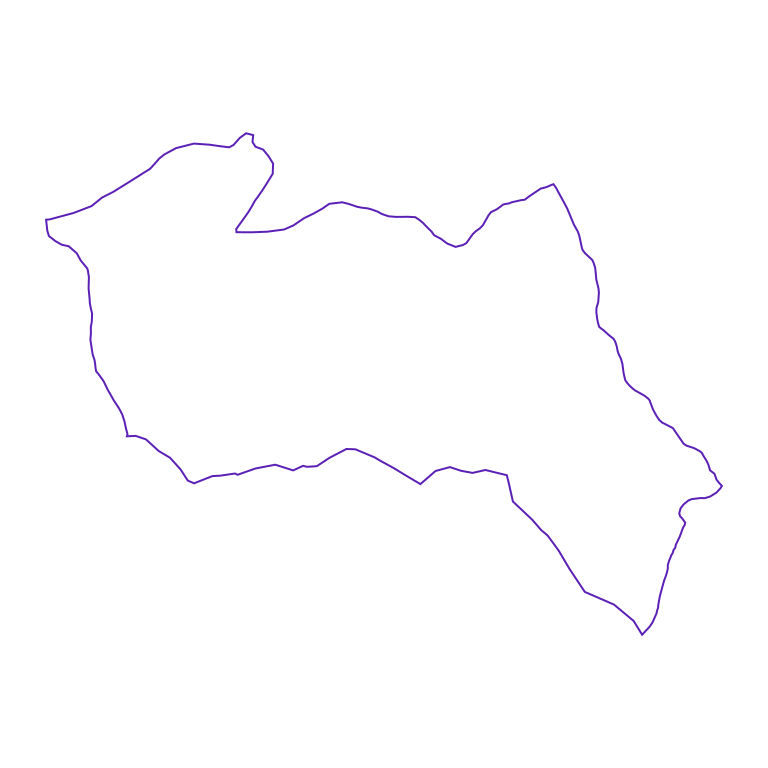 Tomzhangtshen, Tashi Yangtse, Bhutan
{"feature_id": "84629894B58901780687554", "entity_name": "Tomzhangtshen", "entity_type": "district", "adm_level": 2, "iso_a3": "BTN", "parent_name": "Bhutan", "parent_adm1": "Tashi Yangtse", "projection": "natural_earth1", "projection_center": [91.515, 27.451], "detail": "fine", "context": "isolated", "style": "outline", "palette": "violet", "viewbox_px": 768, "rotation_deg": 0, "n_neighbors": 0, "source": "geoboundaries", "source_scale": "gbopen_adm2", "svg_char_len": 3517}
<svg xmlns="http://www.w3.org/2000/svg" viewBox="0 0 768 768"><path d="M642.1,634.7L649.9,626.4L652.6,622.2L656.5,613.5L657.0,610.8L657.7,608.9L658.2,607.2L658.2,605.3L659.6,597.5L660.0,595.7L660.6,593.3L664.1,580.6L665.8,576.1L666.9,572.6L667.4,570.4L667.8,568.5L667.8,565.1L669.0,561.0L670.3,557.9L671.3,555.2L672.5,553.4L673.7,549.7L675.3,547.6L675.8,544.8L679.9,536.3L680.5,534.6L683.2,527.3L684.6,525.2L685.2,522.6L683.4,520.1L682.0,518.2L680.2,516.4L679.2,513.4L680.6,508.3L683.7,504.3L688.4,500.5L691.7,499.1L701.0,498.0L704.5,498.2L707.3,497.4L710.2,496.5L716.6,492.5L720.4,488.3L721.9,485.9L720.7,484.6L718.6,482.3L716.5,479.6L715.5,476.7L714.4,473.7L710.0,470.3L709.4,468.0L708.4,464.8L706.9,461.4L705.4,458.9L703.6,456.1L701.8,452.8L699.8,451.2L694.3,448.2L686.4,445.6L683.5,443.6L672.9,428.1L663.8,423.4L662.2,422.6L659.2,419.9L656.5,415.9L653.0,409.5L650.7,403.4L649.8,400.7L648.6,399.0L647.3,397.9L644.5,395.7L635.2,390.5L633.2,389.0L629.8,385.9L627.3,383.1L625.2,380.0L623.6,373.1L622.4,363.9L621.8,361.7L620.9,358.7L618.8,354.3L617.6,351.0L616.7,346.2L615.1,341.4L613.5,338.8L609.0,335.2L606.1,332.6L603.5,330.2L601.0,328.4L599.2,326.9L598.1,323.3L597.2,319.1L596.4,312.6L596.4,308.7L596.9,306.5L598.2,302.3L598.9,293.0L598.5,288.4L596.3,279.5L595.6,271.8L595.1,267.4L593.5,262.6L592.2,259.9L585.2,253.4L582.6,250.0L581.9,247.9L579.7,237.6L579.2,235.5L577.8,231.5L573.8,224.4L568.0,210.4L567.3,208.7L564.5,203.4L559.2,193.7L556.1,187.9L553.5,184.2L551.7,184.8L547.9,186.5L546.1,187.2L540.7,188.6L535.5,192.1L529.1,196.4L524.8,199.7L520.8,200.2L517.0,201.1L511.9,202.2L509.1,203.4L505.3,204.0L503.2,204.5L500.4,206.7L496.6,209.4L491.0,212.1L488.6,215.2L482.9,225.2L480.0,228.2L475.6,231.4L472.6,234.3L466.4,243.1L463.0,245.0L455.6,246.9L449.4,244.4L447.3,243.6L444.1,241.2L440.7,238.7L434.1,235.2L431.5,231.5L427.5,227.6L426.2,226.3L423.2,223.1L419.5,220.0L415.3,217.2L408.1,216.8L395.9,216.9L388.7,216.3L383.6,214.6L380.9,213.5L378.2,211.9L373.7,210.2L370.1,209.0L367.8,208.4L362.5,207.8L357.5,206.9L349.0,204.0L342.2,202.3L329.3,203.8L322.4,208.6L313.9,213.4L304.0,218.2L293.3,225.5L284.1,229.5L267.3,231.7L251.4,232.3L236.5,232.2L236.2,229.1L245.9,215.6L248.5,211.9L251.8,206.4L254.9,200.8L257.7,197.0L262.3,190.4L265.8,185.0L272.7,173.8L273.1,163.6L268.6,156.3L263.1,149.6L255.5,146.7L252.5,142.0L253.2,135.1L246.1,133.3L239.9,137.8L233.5,145.0L229.2,147.3L219.3,146.1L209.6,144.7L193.9,143.6L176.1,148.1L164.4,154.4L159.3,158.5L154.2,164.3L150.0,168.9L144.5,172.3L124.0,185.2L113.2,191.9L102.0,197.6L91.5,206.1L73.5,213.0L49.7,219.4L46.1,219.7L47.3,230.7L48.9,236.0L55.4,241.1L61.7,244.7L68.8,246.3L76.7,253.2L80.8,260.6L87.2,268.4L87.9,270.5L88.9,277.2L88.6,288.5L89.7,300.0L89.8,303.0L91.0,309.1L92.1,313.5L91.8,321.7L90.8,327.1L90.9,333.4L90.4,339.7L91.8,349.0L92.7,354.6L94.5,359.9L95.2,364.4L95.4,367.0L96.1,371.2L98.7,374.4L103.5,381.0L107.6,389.5L113.7,400.2L119.1,408.5L122.2,414.4L124.4,421.1L125.9,428.1L127.5,434.2L126.9,436.3L135.7,435.9L146.0,439.4L158.7,451.0L170.1,457.8L180.6,469.5L187.8,480.6L194.1,483.3L212.3,476.1L220.0,475.7L235.1,473.5L237.5,474.8L255.4,468.5L275.3,464.7L293.2,470.4L303.1,465.8L306.9,466.8L316.8,466.2L329.5,457.8L346.4,449.0L355.4,449.3L374.7,457.4L380.0,460.6L394.1,468.3L405.2,475.1L420.4,484.1L435.5,471.0L449.9,467.1L461.1,470.8L472.6,472.9L485.4,470.0L506.8,475.2L508.9,483.6L512.9,501.5L532.3,519.8L541.3,530.2L547.6,535.5L558.7,550.6L569.3,568.6L584.8,591.9L614.0,604.6L633.7,621.0L642.1,634.7Z" fill="none" stroke="#5b21b6" stroke-width="2"/></svg>